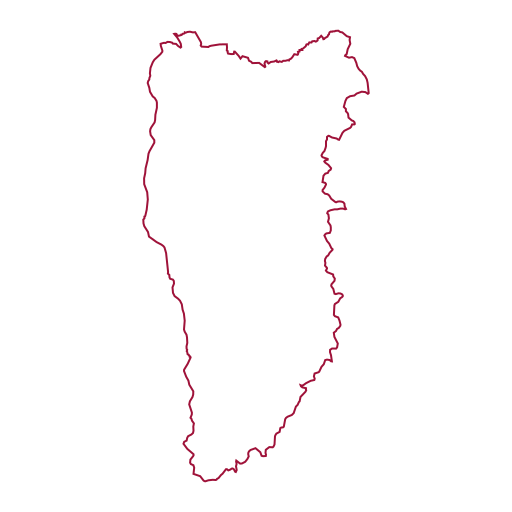 outline of Buntharik, Ubon Ratchathani, Thailand
{"feature_id": "78962969B96035855988054", "entity_name": "Buntharik", "entity_type": "district", "adm_level": 2, "iso_a3": "THA", "parent_name": "Thailand", "parent_adm1": "Ubon Ratchathani", "projection": "robinson", "projection_center": [105.406, 14.671], "detail": "fine", "context": "isolated", "style": "outline", "palette": "rose", "viewbox_px": 512, "rotation_deg": 0, "n_neighbors": 0, "source": "geoboundaries", "source_scale": "gbopen_adm2", "svg_char_len": 5959}
<svg xmlns="http://www.w3.org/2000/svg" viewBox="0 0 512 512"><path d="M350.0,37.2L346.8,36.2L342.3,32.4L340.2,32.0L338.3,30.7L335.3,30.9L334.8,31.3L332.5,31.4L332.0,31.8L331.0,31.5L329.7,32.2L329.2,33.1L329.0,34.4L328.3,34.8L327.5,36.6L324.9,38.1L324.2,39.0L323.4,39.2L322.8,37.6L321.2,35.8L319.2,38.0L317.7,38.5L317.6,40.4L316.4,41.4L315.5,41.6L314.7,41.0L312.2,41.3L311.5,42.5L309.3,42.4L308.2,44.5L307.2,44.2L306.4,44.5L305.7,46.3L302.1,49.3L301.5,49.0L301.2,49.4L301.7,50.0L299.5,50.0L299.5,51.5L298.0,51.8L298.3,53.0L297.9,54.5L297.5,54.8L294.3,54.2L292.2,57.4L290.7,58.9L289.4,59.4L289.0,60.5L287.5,60.2L285.4,60.8L283.2,60.8L281.8,61.9L279.4,61.3L278.5,62.1L276.9,61.7L276.8,60.7L276.5,60.4L274.2,61.5L270.7,62.0L268.6,63.5L267.5,62.6L267.4,61.4L266.0,61.1L265.2,61.7L264.5,63.5L265.3,66.7L264.8,67.1L259.1,62.9L252.3,63.1L251.2,61.8L249.0,60.7L248.0,57.8L242.5,56.2L240.5,58.6L238.7,55.9L234.8,51.6L234.2,51.6L233.7,54.0L231.3,54.1L228.1,53.6L227.7,52.7L227.7,51.1L226.8,50.5L227.0,47.4L226.8,44.3L219.7,44.4L211.3,45.7L209.4,46.2L208.4,47.0L201.6,46.6L200.7,45.5L201.2,43.9L200.9,42.1L195.2,32.2L192.9,32.4L190.0,31.7L187.4,32.0L185.7,32.7L184.9,32.4L184.9,32.9L184.0,33.6L182.9,33.7L182.2,34.5L181.3,34.5L181.1,35.1L178.5,35.8L177.2,35.4L176.4,33.9L175.1,33.7L174.2,33.9L177.2,37.5L179.8,41.8L180.8,43.9L181.2,47.0L180.5,47.6L178.1,46.0L176.1,43.9L172.8,43.6L172.2,42.7L169.9,42.0L167.4,41.9L165.6,43.0L164.0,42.8L160.6,43.8L160.8,45.7L162.4,50.7L162.3,51.8L160.4,54.2L154.4,59.7L152.8,62.2L150.5,67.9L149.9,73.3L150.3,75.8L149.4,78.0L149.3,79.5L148.2,81.1L147.7,83.0L149.3,87.8L150.0,91.8L152.7,96.4L154.7,98.0L156.5,100.9L156.9,102.6L156.9,107.8L155.4,114.7L155.1,120.1L154.6,122.4L151.3,127.3L150.4,129.1L150.1,131.3L150.7,135.1L154.3,140.1L154.3,142.7L149.5,151.2L148.5,153.7L147.6,160.1L145.6,168.3L145.2,173.2L144.1,178.3L144.2,184.2L147.2,192.2L147.8,199.5L146.7,209.7L145.3,215.8L145.0,216.4L144.4,216.6L144.4,218.4L143.3,219.6L143.5,223.4L144.3,226.2L148.0,232.0L149.0,236.6L156.6,242.1L161.4,244.6L163.4,246.1L164.5,247.5L166.1,253.1L168.1,272.1L167.9,273.6L169.3,274.9L169.5,277.4L170.2,278.8L172.9,279.6L173.8,280.9L174.0,283.6L172.5,287.4L173.0,292.9L174.6,296.1L178.1,298.7L180.0,300.7L181.8,304.3L182.6,309.7L183.9,313.6L184.7,320.7L184.0,329.5L184.7,331.7L186.5,334.7L187.0,337.4L187.3,342.9L186.5,346.4L186.6,348.8L187.2,349.9L186.7,351.1L187.2,351.9L187.6,354.2L188.7,354.7L188.8,355.4L189.7,356.0L189.7,356.8L190.4,356.9L190.6,357.5L187.7,363.8L184.1,369.7L184.0,371.0L186.2,376.7L188.4,380.6L189.3,384.7L193.3,391.3L193.2,394.5L192.5,397.0L189.9,401.3L189.2,404.4L191.9,412.6L191.8,414.5L190.5,417.8L191.4,418.7L192.0,420.7L193.9,423.4L193.3,426.5L193.5,430.8L193.0,433.0L191.4,434.5L188.1,436.2L187.2,437.9L186.6,440.6L184.2,441.8L183.5,443.8L187.3,448.9L193.5,454.2L193.6,455.2L193.1,456.2L190.4,459.6L190.1,462.7L190.9,464.1L193.4,465.2L194.2,467.7L193.5,473.9L200.2,476.2L203.5,480.5L204.4,481.1L205.3,481.3L208.4,480.3L212.7,479.8L215.7,480.0L216.5,479.7L217.1,478.8L218.5,478.1L221.0,475.0L222.5,473.8L226.0,469.2L226.9,469.2L228.3,470.4L230.1,469.7L231.7,468.6L232.7,468.5L233.9,469.3L235.1,471.7L235.8,472.0L236.7,470.0L236.0,466.3L236.6,463.9L236.1,461.5L236.3,460.6L240.1,463.6L241.9,463.5L245.2,461.8L247.4,459.0L248.7,456.4L248.2,454.1L248.3,452.9L248.9,451.5L250.5,450.0L255.5,448.2L260.3,452.2L261.6,455.8L263.1,456.2L265.8,456.0L266.0,454.7L265.5,452.9L265.8,449.8L269.3,447.1L272.7,447.3L273.5,446.6L274.5,444.5L275.0,436.2L275.6,434.8L276.4,433.6L279.6,431.9L280.3,428.1L281.3,427.5L282.9,427.4L283.8,426.7L285.2,419.2L286.0,417.9L287.6,416.7L291.8,415.0L293.7,413.1L295.9,406.6L297.6,404.9L298.9,402.0L299.6,401.4L300.5,396.9L305.4,391.8L306.2,390.3L305.9,389.3L306.0,388.2L302.4,387.4L301.0,386.3L300.6,385.2L301.8,385.7L303.4,385.1L306.0,383.2L310.7,380.8L314.3,380.0L314.7,378.7L313.9,376.3L314.6,373.5L318.4,372.3L319.2,371.7L321.5,366.8L323.8,364.2L325.2,360.1L327.0,359.6L329.6,360.0L331.1,361.3L331.9,361.4L331.0,355.2L330.0,352.1L330.1,349.8L332.1,348.5L336.1,348.6L337.1,347.3L337.8,343.5L334.4,336.9L333.8,332.7L336.0,331.0L337.0,329.0L338.9,327.8L340.3,325.8L340.5,324.7L339.5,320.6L338.2,317.4L334.9,316.2L333.9,314.9L334.4,305.3L334.9,304.0L338.3,301.8L340.2,298.3L341.9,297.2L342.7,296.4L342.8,295.5L342.2,294.4L340.5,293.5L338.5,293.3L335.8,294.1L334.5,293.7L333.3,288.9L331.5,286.5L331.2,285.7L331.5,284.3L334.5,280.8L334.8,278.6L333.3,276.4L333.1,274.5L327.3,272.2L325.9,270.6L327.0,268.5L326.9,267.8L325.0,265.6L325.4,262.9L324.9,260.9L325.2,258.9L326.7,256.4L328.1,255.5L329.7,252.7L332.5,249.8L332.6,249.2L331.3,248.0L329.2,243.6L327.0,241.0L324.4,235.5L325.1,234.4L326.4,233.4L329.8,232.9L330.8,230.4L330.8,227.3L330.5,225.5L328.0,221.8L328.9,218.3L328.4,214.6L327.2,213.2L327.9,211.5L330.3,210.3L334.7,209.3L337.4,209.3L340.5,208.6L343.1,208.6L345.1,209.3L346.0,209.0L344.7,206.4L344.4,203.6L343.3,202.3L341.8,201.7L339.6,201.4L337.6,201.6L336.1,202.3L335.3,202.0L331.2,198.8L329.2,195.5L327.6,194.2L325.0,193.7L322.6,191.4L322.6,190.0L324.5,187.6L326.0,184.5L325.9,183.8L325.2,182.9L322.5,182.1L323.5,175.7L325.3,173.6L327.9,172.9L328.7,171.0L330.7,169.6L331.1,168.2L328.4,164.9L325.3,162.7L324.3,161.5L324.8,160.6L327.7,159.7L327.7,158.9L323.0,157.4L321.9,156.5L321.5,155.3L322.8,152.8L324.4,151.1L325.6,147.8L326.0,146.1L326.0,141.2L327.0,139.4L327.0,136.9L328.4,135.8L329.1,135.9L332.0,137.5L336.6,138.5L338.2,139.6L339.1,139.8L342.5,132.8L344.3,130.8L350.1,127.9L351.0,127.0L352.1,124.4L354.4,124.4L354.8,124.0L354.5,122.3L353.3,121.0L351.9,120.5L348.5,117.6L348.1,114.1L347.5,112.9L345.9,111.3L345.9,109.0L343.8,106.9L345.4,101.0L346.8,98.1L350.1,96.2L354.4,95.5L356.6,93.6L361.7,91.7L365.4,92.1L367.9,93.8L368.7,93.1L367.6,82.8L366.8,79.4L365.1,76.1L363.1,73.9L361.9,71.8L360.2,70.6L358.6,68.8L357.2,66.2L356.3,62.8L354.3,58.1L352.0,57.1L349.0,57.7L345.0,55.9L345.2,55.3L346.7,54.0L347.7,49.2L350.3,43.8L349.6,40.0L350.0,37.2Z" fill="none" stroke="#9f1239" stroke-width="2"/></svg>